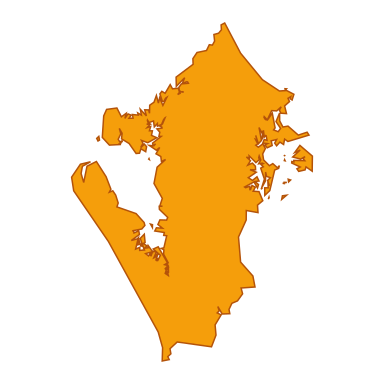 the district of Rodney Local Board Area, Auckland, New Zealand
{"feature_id": "76426892B62509674219060", "entity_name": "Rodney Local Board Area", "entity_type": "district", "adm_level": 2, "iso_a3": "NZL", "parent_name": "New Zealand", "parent_adm1": "Auckland", "projection": "equal_earth", "projection_center": [174.565, -36.497], "detail": "fine", "context": "isolated", "style": "filled", "palette": "amber", "viewbox_px": 384, "rotation_deg": 0, "n_neighbors": 0, "source": "geoboundaries", "source_scale": "gbopen_adm2", "svg_char_len": 6083}
<svg xmlns="http://www.w3.org/2000/svg" viewBox="0 0 384 384"><path d="M193.1,64.3L176.1,77.1L176.3,86.3L184.7,77.7L182.4,83.3L186.8,81.7L187.6,81.9L188.4,83.3L181.4,83.9L178.9,87.3L179.3,90.6L181.3,91.9L182.8,91.7L183.6,92.3L179.8,91.5L180.2,93.3L177.7,94.5L179.5,92.3L178.3,88.2L172.5,88.8L170.2,84.6L165.1,93.3L161.8,91.3L159.9,93.9L162.4,101.4L164.3,101.2L164.9,99.3L165.8,98.0L166.9,97.3L162.9,105.4L159.6,97.8L158.4,103.1L156.4,95.5L154.0,102.2L149.7,105.2L149.5,113.3L148.6,109.9L144.7,109.8L146.4,115.9L140.3,109.3L141.4,115.1L137.7,112.9L138.3,115.1L132.4,114.5L133.1,118.2L128.9,118.3L131.2,115.2L128.0,113.9L124.9,118.4L126.2,113.3L121.4,116.8L116.9,108.0L106.6,109.4L103.7,115.9L102.3,137.4L109.4,145.1L121.0,144.5L118.2,144.3L120.7,143.5L121.1,142.4L120.2,142.5L118.2,139.3L120.8,133.8L119.3,128.4L122.1,133.3L121.5,138.8L129.1,143.5L136.1,153.5L139.5,153.2L140.9,148.8L145.7,151.7L146.6,146.7L144.4,144.1L141.2,147.3L141.0,146.9L143.0,143.3L141.5,140.4L147.7,142.7L156.8,137.7L151.5,135.4L152.4,130.8L149.4,130.8L150.7,126.5L147.2,127.6L150.1,124.4L149.2,124.0L147.4,124.3L146.7,124.0L150.1,123.9L148.1,122.5L148.2,122.1L147.7,121.7L147.8,121.0L147.4,120.7L147.5,120.1L149.1,122.5L153.5,121.0L154.3,126.9L157.4,123.5L157.5,126.2L161.6,124.4L163.5,119.8L164.4,118.6L164.7,118.6L164.7,118.1L165.0,117.9L162.5,123.9L160.0,126.2L161.8,127.0L162.0,127.8L162.0,128.1L156.9,128.9L159.8,132.2L158.9,136.3L161.2,136.4L152.6,143.1L153.1,145.7L155.6,143.8L153.9,145.8L149.2,145.4L156.3,150.2L159.7,147.5L156.0,153.8L160.8,156.5L161.4,161.4L165.6,159.5L157.1,167.2L154.0,183.5L162.3,198.4L159.8,206.0L162.5,206.2L159.2,206.3L159.4,209.4L167.7,217.4L166.6,220.1L159.9,219.9L157.9,224.5L162.5,228.2L156.4,227.8L154.8,231.0L164.3,232.5L163.7,235.4L166.7,235.7L163.9,247.8L161.3,248.4L163.9,249.9L163.6,254.2L168.2,262.8L165.6,264.7L167.7,264.8L168.6,267.1L165.6,268.8L168.4,268.6L168.5,272.4L167.6,273.2L166.2,271.0L165.6,273.3L168.3,274.9L168.4,275.6L165.2,273.4L166.0,270.8L168.1,272.5L168.2,269.1L166.0,269.8L165.2,268.7L167.9,265.7L164.7,264.6L167.5,262.9L158.2,246.8L153.3,249.0L160.4,255.3L157.7,260.6L157.1,260.6L157.6,258.9L157.1,258.2L156.7,259.4L155.7,260.6L157.2,256.1L153.8,257.8L156.3,252.0L152.8,251.1L152.7,252.7L151.4,253.6L151.7,253.9L151.7,254.3L151.0,256.3L151.0,253.4L150.8,254.6L149.7,255.7L150.6,253.4L152.5,252.4L150.6,252.7L148.5,255.9L145.6,253.6L152.6,251.7L148.2,245.6L148.0,247.8L144.5,248.2L147.0,245.9L143.3,243.5L145.1,242.5L144.3,234.2L140.2,238.4L144.5,250.0L139.7,250.4L139.8,247.3L135.6,249.1L138.3,237.8L137.2,238.9L131.3,240.5L139.5,234.4L138.7,230.8L134.0,233.0L133.6,231.1L132.9,230.9L132.9,230.7L141.8,229.0L144.9,225.4L144.1,222.5L136.1,213.6L116.9,206.9L118.2,203.0L115.7,195.1L112.8,190.8L109.3,192.2L110.9,189.2L106.1,176.7L96.4,161.5L87.0,166.2L83.7,182.5L81.1,173.5L82.4,166.3L90.5,161.8L80.4,164.2L71.6,177.2L73.7,190.8L108.4,241.5L158.2,332.0L162.6,347.7L162.2,361.0L169.2,359.6L167.8,356.6L170.9,353.8L170.0,348.7L177.2,342.0L211.5,346.8L216.0,335.1L215.1,324.9L221.1,314.9L217.2,312.9L219.2,310.8L217.8,306.5L222.2,314.0L229.8,313.7L229.0,309.4L231.9,303.3L237.5,300.9L242.6,293.8L241.1,288.0L255.0,287.0L252.9,276.0L240.6,262.1L238.5,237.0L246.2,220.0L246.3,210.5L258.0,212.6L257.5,205.1L262.8,200.7L259.0,191.6L253.2,191.2L255.3,187.2L252.0,185.4L250.5,189.6L249.9,189.6L249.8,186.3L245.6,187.7L244.6,187.0L254.0,181.9L257.5,188.0L258.5,184.6L255.1,181.5L259.0,181.0L257.0,176.8L252.5,180.4L248.3,177.7L256.3,172.2L250.0,169.7L255.6,169.8L255.4,166.2L252.4,163.1L247.8,165.1L250.5,160.7L246.4,157.0L249.3,158.2L249.1,155.8L255.9,162.6L259.5,159.5L258.7,157.7L259.2,155.9L260.8,159.9L258.6,163.8L262.3,163.1L263.3,163.6L261.0,164.5L263.3,166.8L260.7,168.1L264.4,179.1L261.6,188.0L265.5,180.9L265.6,172.0L266.6,176.4L270.4,177.7L267.6,180.5L269.4,185.8L268.0,184.1L268.2,187.8L264.7,187.8L264.8,195.4L269.8,190.6L274.7,170.0L278.6,168.4L279.4,165.6L277.5,167.8L272.8,163.6L269.4,165.7L263.6,159.9L262.7,153.9L265.4,148.5L262.8,143.9L258.3,147.2L255.8,145.2L257.8,143.9L255.4,139.3L257.0,140.0L255.7,135.4L258.4,143.8L261.5,140.4L259.0,127.5L262.5,134.1L262.1,139.5L263.5,134.3L262.3,131.4L263.5,131.0L264.3,137.1L265.8,135.5L266.2,135.8L267.0,140.3L264.2,139.5L262.8,143.0L267.6,143.6L265.0,144.9L267.2,147.8L272.2,145.5L271.2,140.8L276.6,139.5L274.7,143.1L276.6,145.8L279.9,142.1L283.6,144.5L284.6,139.1L287.9,141.5L309.0,135.1L307.1,132.2L298.3,135.1L288.0,126.1L282.9,127.0L279.7,120.9L279.6,113.0L276.0,121.6L280.6,128.4L278.2,131.7L273.6,129.9L275.1,127.9L272.3,113.2L267.6,119.8L267.3,119.9L266.4,119.8L266.1,119.8L265.2,119.3L264.0,117.4L264.2,116.6L267.3,119.8L271.7,110.6L276.7,110.9L281.2,106.8L279.4,110.2L280.9,113.2L286.5,113.6L284.6,105.9L289.5,101.6L288.0,98.3L290.8,96.6L290.2,98.8L292.1,100.0L293.9,94.3L286.6,90.5L279.4,91.0L262.4,79.7L240.6,53.2L224.7,23.0L221.1,24.9L221.4,29.8L218.6,33.2L213.9,34.5L214.6,41.1L212.4,45.1L209.3,44.7L206.5,50.5L197.0,52.5L192.9,58.6L193.1,64.3ZM299.9,145.4L294.7,152.5L300.2,150.0L292.7,157.0L300.7,159.1L305.0,156.6L303.1,158.6L304.8,160.7L293.8,160.4L293.9,161.9L291.8,161.5L291.7,163.0L300.2,167.0L296.9,168.8L298.7,171.4L305.1,169.9L306.0,166.9L312.2,171.2L312.4,156.1L299.9,145.4ZM286.6,195.2L282.4,195.8L281.7,199.4L286.6,195.2ZM98.8,136.4L96.7,138.4L98.0,141.0L99.5,140.1L98.8,136.4ZM140.1,244.0L139.0,239.9L137.6,244.9L140.1,244.0ZM152.5,224.7L150.5,224.1L152.4,227.5L152.5,224.7ZM290.6,180.0L288.2,179.2L288.6,181.9L290.6,180.0ZM286.8,182.4L284.1,182.3L284.1,183.0L286.8,182.4ZM156.4,255.2L157.9,254.6L157.5,253.5L156.4,255.2ZM286.5,88.8L285.0,88.7L285.3,90.1L286.5,88.8ZM121.6,141.2L120.3,141.5L121.5,141.6L121.6,141.2ZM140.6,245.6L141.7,246.1L141.1,244.5L140.6,245.6ZM261.1,189.3L261.8,188.5L261.5,188.4L261.1,189.3ZM149.3,159.5L149.0,158.6L148.7,159.1L149.3,159.5ZM268.3,199.1L269.1,197.7L269.0,197.2L268.3,199.1ZM284.3,160.6L285.1,160.8L284.6,159.7L284.3,160.6ZM283.7,183.1L282.7,183.3L283.9,183.5L283.7,183.1ZM122.2,141.6L122.0,141.0L121.6,142.0L122.2,141.6ZM284.5,155.5L283.8,155.9L284.6,155.6L284.5,155.5Z" fill="#f59e0b" stroke="#b45309" stroke-width="1.5"/></svg>